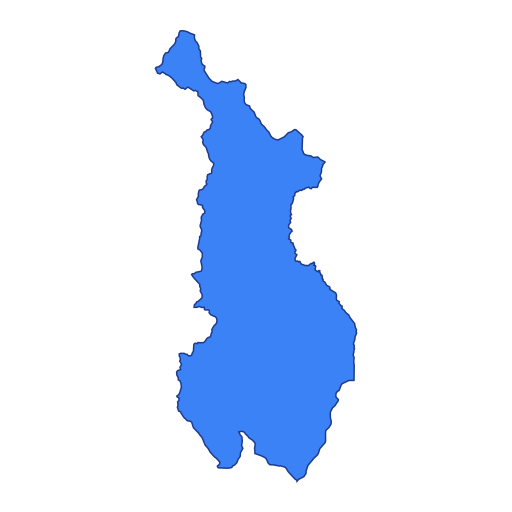 the district of Chachagüí, Nariño, Colombia
{"feature_id": "7082276B70460159125708", "entity_name": "Chachagüí", "entity_type": "district", "adm_level": 2, "iso_a3": "COL", "parent_name": "Colombia", "parent_adm1": "Nariño", "projection": "albers", "projection_center": [-77.277, 1.404], "detail": "fine", "context": "isolated", "style": "filled", "palette": "blue", "viewbox_px": 512, "rotation_deg": 0, "n_neighbors": 0, "source": "geoboundaries", "source_scale": "gbopen_adm2", "svg_char_len": 6041}
<svg xmlns="http://www.w3.org/2000/svg" viewBox="0 0 512 512"><path d="M324.9,161.8L320.5,159.6L317.8,157.0L313.2,157.5L311.0,155.9L307.2,155.4L304.7,154.5L303.8,153.7L302.1,149.3L302.5,137.9L303.1,136.7L301.8,135.0L295.9,129.7L294.4,129.6L291.3,131.9L288.3,132.7L284.4,136.8L277.9,140.0L274.6,139.1L271.8,137.2L270.6,135.7L268.9,132.1L266.7,130.0L264.5,126.9L261.4,124.1L260.0,120.7L258.8,118.9L256.9,117.9L255.7,116.4L254.2,112.2L250.3,108.5L249.6,106.0L246.1,104.6L244.5,102.6L244.1,99.9L244.4,97.9L243.7,94.2L244.3,91.6L246.0,87.5L245.8,84.4L244.9,83.6L241.2,82.8L237.9,79.5L235.5,81.0L232.5,81.1L231.2,81.7L229.4,81.5L228.2,82.6L227.3,82.9L221.8,81.3L219.0,83.1L217.5,83.5L212.1,81.4L209.0,78.2L204.2,70.6L204.1,69.2L204.8,67.6L204.8,66.1L202.7,64.8L202.0,63.9L201.1,60.7L201.7,58.5L200.6,57.0L200.4,51.0L198.9,48.8L198.8,46.0L196.8,42.2L195.3,40.7L194.4,37.8L194.5,34.8L190.3,33.3L187.0,31.6L184.0,30.9L181.2,30.7L180.1,31.0L179.2,32.6L178.4,36.5L176.3,38.1L175.8,39.1L175.8,41.3L174.6,44.0L169.9,48.9L168.5,52.3L165.6,53.0L163.9,55.4L163.2,58.0L162.7,62.3L161.8,64.5L158.7,66.7L156.2,67.3L155.4,68.3L157.6,73.2L160.0,73.9L162.4,72.0L164.8,73.4L166.0,74.5L167.5,74.9L169.4,76.0L172.1,78.2L175.9,82.5L176.8,84.8L180.7,87.8L181.8,88.3L183.4,88.1L184.6,89.1L185.5,89.1L187.3,87.4L188.1,87.2L193.8,90.9L195.3,90.4L197.8,91.7L198.1,95.6L201.0,97.9L203.4,100.4L203.9,104.2L205.6,107.9L207.4,109.9L210.4,111.5L211.4,113.2L212.6,116.7L212.5,118.1L211.4,118.9L211.1,119.7L212.4,121.3L212.5,122.3L210.6,125.5L210.2,128.3L209.0,129.5L207.0,130.0L206.0,131.3L204.0,132.3L202.7,135.1L201.2,136.8L203.0,139.2L203.1,140.4L202.7,142.5L203.2,144.0L203.7,144.9L206.1,147.3L207.9,152.9L208.6,153.5L208.5,155.1L209.4,158.6L210.8,160.8L213.7,163.2L213.6,165.3L212.1,168.2L211.6,170.2L211.8,172.1L211.3,173.3L207.7,174.7L207.1,177.0L207.4,179.2L206.2,180.8L206.2,183.0L206.8,183.9L206.7,184.6L204.3,186.5L202.9,189.0L201.1,189.9L199.8,189.9L199.0,190.6L198.2,194.2L198.5,196.0L196.5,199.8L197.3,201.5L197.6,203.7L198.7,204.5L201.7,205.1L202.6,205.7L202.5,207.6L204.4,210.0L204.9,211.5L204.7,213.0L202.8,214.2L201.2,217.3L201.5,220.5L200.1,225.6L200.5,227.4L201.6,229.4L201.6,231.6L201.1,233.2L201.0,235.7L199.6,236.6L199.6,238.7L197.7,248.1L198.1,249.1L200.1,250.2L202.3,253.1L202.3,256.9L200.8,260.9L202.1,267.0L201.8,269.9L201.1,271.2L195.6,272.4L194.7,273.5L192.3,273.8L191.6,274.6L193.8,277.8L199.7,284.3L199.8,286.7L200.7,288.3L200.2,291.0L202.1,294.5L202.1,297.2L201.7,298.1L198.2,301.3L196.8,301.8L196.2,302.9L194.4,304.8L194.1,307.3L196.5,307.4L199.3,306.5L201.8,307.5L204.1,307.2L204.5,308.0L204.3,309.2L205.1,309.9L208.9,310.0L209.4,311.1L209.1,312.8L210.8,314.8L215.6,316.9L216.7,318.6L217.0,321.1L216.4,323.4L213.9,325.9L212.5,328.3L211.8,330.0L212.2,332.0L211.4,333.1L210.4,336.8L208.2,337.5L206.7,338.7L205.0,341.4L203.7,342.5L201.7,342.8L198.0,342.5L197.6,343.6L195.2,343.2L194.1,344.0L193.8,345.0L193.4,351.2L192.2,353.2L191.7,355.1L190.6,355.7L188.4,355.8L187.2,354.4L185.3,354.1L184.4,353.4L180.8,353.3L179.3,353.9L179.2,355.9L179.8,356.7L180.4,359.3L179.7,361.1L181.1,363.3L181.3,365.0L180.0,367.2L180.6,369.6L177.5,370.7L176.6,372.2L176.9,375.2L178.2,377.6L178.3,379.9L179.9,380.8L180.9,383.1L181.4,387.1L179.6,393.1L178.6,394.7L176.8,396.1L177.2,397.0L178.8,397.8L179.1,400.3L177.6,401.9L178.0,405.1L177.4,407.3L178.6,411.0L180.8,412.0L181.1,413.2L183.8,417.3L187.4,420.8L190.3,421.2L191.7,422.3L193.5,427.8L198.8,433.3L200.4,435.7L201.9,437.2L205.2,445.1L208.3,448.7L210.2,452.2L214.8,457.2L216.3,458.1L219.9,462.3L219.4,464.3L217.3,466.2L218.2,467.8L227.4,468.2L230.8,467.8L232.2,467.0L232.7,465.9L234.6,465.0L236.7,462.9L238.1,459.4L240.2,456.3L240.5,452.6L242.9,448.4L241.6,445.8L242.3,441.4L241.9,436.8L240.3,435.0L238.8,431.9L241.8,431.3L244.4,432.2L245.6,434.1L248.0,436.3L248.7,437.6L252.4,440.1L255.0,442.9L255.1,445.4L254.5,448.4L254.9,450.4L254.9,453.5L261.8,456.0L265.3,457.8L266.5,459.3L268.3,463.3L269.9,464.7L273.6,464.9L279.5,466.0L280.7,465.9L285.1,467.2L286.2,468.4L288.2,471.7L294.8,478.9L296.8,480.2L297.0,481.3L298.6,479.4L303.9,476.6L306.0,473.4L306.1,471.0L307.9,465.5L314.1,458.0L317.3,455.1L318.4,453.2L319.8,448.7L325.2,442.5L325.6,440.7L325.5,433.4L325.8,430.5L329.1,427.3L331.1,423.9L331.2,420.9L330.4,418.0L330.3,412.2L332.7,407.6L334.7,406.0L338.2,400.8L338.3,399.5L335.9,396.9L335.9,393.9L336.5,392.6L337.4,391.4L339.1,390.5L341.1,385.2L342.1,383.7L348.8,380.5L354.0,380.4L354.2,365.1L353.7,362.0L354.1,357.5L353.1,354.7L353.8,352.5L354.1,349.2L354.5,348.5L354.1,347.7L354.3,345.3L353.6,344.6L353.5,343.4L354.9,339.2L355.1,336.6L356.6,333.2L356.2,331.5L356.5,329.8L355.2,327.0L354.6,323.5L349.9,317.5L348.7,314.9L345.9,312.7L344.5,310.6L342.0,308.5L342.1,306.1L340.9,305.6L338.9,303.2L339.3,301.7L336.8,300.3L336.3,299.0L336.5,295.3L335.7,292.9L329.8,289.3L329.6,288.8L330.1,288.1L329.5,286.8L326.7,285.4L325.0,282.3L323.0,280.8L323.1,279.2L322.0,278.7L322.4,277.0L321.9,275.2L320.9,275.2L320.7,273.8L320.1,272.8L319.5,272.5L319.9,270.9L318.9,270.5L317.6,271.6L315.1,269.9L315.7,266.1L315.4,265.6L313.9,265.3L314.5,263.5L314.3,262.4L313.5,262.3L312.4,263.4L310.7,263.7L308.6,265.5L305.2,265.5L301.2,264.0L299.8,261.4L298.5,261.8L297.6,261.0L296.2,261.3L295.6,260.9L295.1,260.1L295.1,258.1L296.9,254.8L295.3,253.6L294.7,252.0L295.9,250.7L295.9,249.9L294.6,248.5L294.6,247.7L293.2,244.6L293.1,243.1L291.0,242.5L290.7,240.0L288.6,238.8L289.4,237.5L289.0,236.1L289.5,234.4L291.0,232.1L292.1,231.2L291.5,229.5L289.3,228.1L288.7,227.5L288.5,226.6L288.9,224.6L290.6,222.5L290.0,220.5L291.2,218.4L290.2,216.1L290.4,215.3L291.5,214.7L290.6,212.8L290.5,210.7L291.0,208.4L290.9,204.7L291.9,203.9L292.6,202.5L293.6,198.6L293.2,196.8L294.6,195.8L295.2,192.4L295.9,192.4L296.8,191.5L297.9,191.7L299.5,190.3L301.7,190.4L303.1,189.3L304.1,189.3L305.6,188.1L308.6,187.1L309.9,188.3L311.3,188.7L312.4,187.3L317.2,187.4L317.9,186.3L318.0,184.7L319.2,182.1L321.6,178.9L320.1,176.1L320.1,175.5L321.4,172.1L321.6,168.2L322.7,166.0L322.7,164.8L324.9,162.4L324.9,161.8Z" fill="#3b82f6" stroke="#1e3a8a" stroke-width="1.5"/></svg>